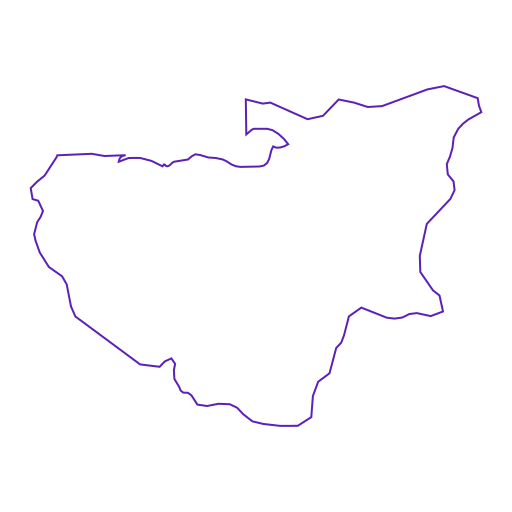 outline of Bursa
{"feature_id": "TUR-2264", "entity_name": "Bursa", "entity_type": "Province", "adm_level": 1, "iso_a3": "TUR", "parent_name": "Turkey", "parent_adm1": "", "projection": "mercator", "projection_center": [28.985, 40.083], "detail": "fine", "context": "isolated", "style": "outline", "palette": "violet", "viewbox_px": 512, "rotation_deg": 0, "n_neighbors": 0, "source": "natural_earth", "source_scale": "10m", "svg_char_len": 1709}
<svg xmlns="http://www.w3.org/2000/svg" viewBox="0 0 512 512"><path d="M57.4,155.3L91.7,153.8L104.5,156.0L125.6,155.2L123.0,155.8L120.9,156.9L119.5,158.9L118.8,161.7L128.7,158.0L139.9,157.9L151.5,160.9L162.5,166.3L164.0,164.4L164.9,164.7L165.8,165.9L167.5,166.3L169.6,165.4L172.2,162.8L174.2,161.7L188.0,159.5L191.7,156.3L195.4,154.3L200.1,155.0L208.4,157.5L215.8,158.0L222.8,159.5L226.2,161.1L231.9,164.7L236.2,166.3L240.5,166.9L259.4,166.5L263.8,165.6L267.2,162.9L269.2,158.8L271.4,150.1L273.2,146.4L276.3,147.7L280.2,147.5L284.5,146.2L288.2,144.2L283.8,138.8L278.4,133.9L272.6,130.2L267.2,128.8L253.8,128.8L251.7,129.8L246.3,134.4L245.8,99.4L262.8,103.6L270.3,102.6L307.5,119.2L323.0,115.8L338.7,99.5L354.0,102.6L367.8,107.0L382.1,106.1L427.4,89.4L444.1,86.1L477.7,98.2L478.9,105.4L481.3,112.2L468.3,119.5L463.0,123.7L458.2,128.8L453.7,137.5L452.5,147.9L450.0,156.5L446.8,164.1L447.8,174.4L453.5,181.4L454.6,190.1L450.4,198.9L426.8,223.9L419.8,255.9L420.3,272.0L433.0,290.4L439.5,295.5L443.0,311.5L430.7,316.1L416.9,313.1L409.4,314.0L402.4,317.5L394.6,318.6L386.8,317.7L361.3,307.6L348.9,316.4L344.0,335.4L341.2,342.7L336.2,348.0L329.5,373.3L318.2,381.7L312.9,396.0L311.3,417.1L297.8,425.8L280.3,425.9L263.1,423.9L252.3,421.3L243.1,414.1L237.1,407.7L229.7,404.2L218.4,403.8L207.1,406.0L197.4,404.6L191.4,395.3L187.9,392.8L183.2,392.6L180.6,390.5L179.2,386.9L174.4,379.0L173.9,370.2L175.1,363.8L171.4,358.4L164.8,361.4L159.6,366.8L140.1,364.4L75.4,316.5L71.0,306.5L66.7,284.4L62.1,276.3L48.9,267.0L39.7,252.4L35.5,240.5L34.1,234.2L37.2,222.1L40.6,216.9L43.0,211.0L38.2,200.7L32.6,199.1L30.7,188.1L37.3,181.5L44.6,175.6L56.3,157.6L57.4,155.4L57.4,155.3Z" fill="none" stroke="#5b21b6" stroke-width="2"/></svg>